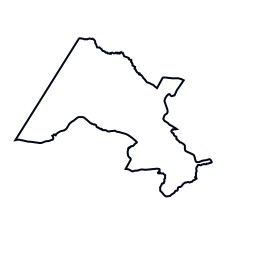 outline of Maniema, rotated 122°
{"feature_id": "COD-1895", "entity_name": "Maniema", "entity_type": "Province", "adm_level": 1, "iso_a3": "COD", "parent_name": "Democratic Republic of the Congo", "parent_adm1": "", "projection": "robinson", "projection_center": [26.456, -2.545], "detail": "fine", "context": "isolated", "style": "outline", "palette": "ink", "viewbox_px": 256, "rotation_deg": 122, "n_neighbors": 0, "source": "natural_earth", "source_scale": "10m", "svg_char_len": 5776}
<svg xmlns="http://www.w3.org/2000/svg" viewBox="0 0 256 256"><g transform="rotate(122 128 128)"><path d="M67.3,125.2L66.8,125.1L66.2,124.4L65.4,123.1L62.3,116.6L59.4,112.1L58.9,110.9L58.3,108.7L58.0,106.0L70.3,106.6L72.0,106.3L75.1,105.9L75.7,105.9L76.0,106.0L76.0,106.3L77.7,107.6L77.9,107.9L77.9,109.0L77.8,109.4L77.4,110.2L77.3,110.5L77.4,110.9L77.6,111.2L78.5,111.7L79.2,111.9L80.1,112.1L81.6,112.2L83.0,112.2L84.7,111.8L85.9,111.3L86.2,110.9L91.4,104.5L92.4,103.6L92.9,103.2L93.5,102.9L94.3,102.7L94.8,102.7L95.5,102.8L96.9,103.5L97.8,103.7L98.4,103.7L100.1,103.2L101.5,103.0L102.3,101.6L102.6,100.9L102.6,100.2L102.6,97.8L102.6,97.0L103.2,94.7L103.2,93.9L103.0,92.3L103.0,87.7L103.1,86.1L104.1,87.2L104.5,88.2L104.8,88.4L105.5,88.8L105.5,89.4L106.6,89.7L107.4,89.7L107.7,89.7L108.1,89.2L108.3,88.4L108.7,87.7L108.7,87.3L108.4,86.7L108.5,86.4L108.7,86.1L109.4,85.6L109.8,85.0L109.9,84.4L110.0,83.4L109.8,82.7L109.9,82.3L110.6,81.7L111.3,81.4L111.6,81.2L111.5,80.4L111.6,80.2L111.9,80.0L112.0,79.8L112.0,78.1L112.2,77.6L112.5,77.0L112.7,76.5L112.1,75.3L112.1,74.9L112.3,71.8L112.6,70.7L113.1,70.2L115.6,68.7L116.4,68.0L116.8,67.5L116.9,67.0L116.9,66.0L116.0,58.7L116.2,57.8L116.4,57.3L117.0,56.5L119.8,53.6L120.2,53.0L120.5,52.4L120.4,51.5L120.2,51.1L119.3,49.8L115.9,47.2L114.5,45.4L112.9,43.8L111.3,42.5L111.2,42.0L111.2,41.2L112.0,39.7L112.3,39.2L112.6,38.9L113.1,39.0L113.5,39.3L113.8,39.4L114.1,40.0L115.0,40.5L116.1,41.5L116.4,42.1L116.6,42.4L117.1,42.4L117.5,42.6L118.3,44.5L118.9,44.8L119.2,45.2L120.0,46.1L121.1,46.5L121.6,48.0L122.1,48.8L122.6,49.1L122.9,49.1L123.9,48.9L125.4,48.9L125.7,48.8L126.9,48.2L128.2,46.9L128.5,46.8L130.0,46.7L132.8,44.8L133.7,45.1L134.2,45.0L134.3,44.8L134.5,44.5L134.3,43.8L134.2,43.4L134.4,43.1L134.7,43.0L135.7,43.8L136.8,44.0L137.6,44.7L138.1,45.0L138.7,45.1L139.4,45.1L139.6,45.2L140.2,45.9L141.1,46.4L141.4,46.7L141.7,47.2L141.7,47.9L142.1,48.7L142.6,49.1L143.3,49.5L143.7,50.3L143.9,50.6L144.6,50.8L145.0,51.1L145.4,51.3L146.8,51.6L149.0,51.8L150.0,52.2L150.5,52.6L150.8,53.3L151.2,53.6L151.4,53.8L151.8,53.9L152.7,53.7L154.5,53.0L155.0,53.1L155.4,53.4L155.8,54.2L156.2,54.5L157.7,54.4L158.7,54.5L161.1,55.7L162.5,56.2L163.1,56.2L165.7,59.1L166.0,60.4L165.8,60.9L165.5,62.7L164.6,65.1L164.3,66.9L164.1,67.4L161.6,69.1L161.1,69.3L160.6,69.4L159.0,69.4L157.3,69.7L157.0,69.5L156.8,69.2L156.3,69.1L156.1,68.6L155.8,68.4L155.7,68.4L154.8,68.9L154.1,68.8L153.7,68.9L152.2,70.1L151.6,70.1L150.9,69.9L150.7,70.0L149.8,70.7L148.6,71.3L148.2,71.7L148.2,73.1L147.9,74.4L148.0,74.5L148.5,74.9L148.8,75.4L148.9,76.5L149.7,77.1L150.2,77.7L150.4,78.3L150.3,78.7L150.2,78.9L149.8,78.9L149.2,78.6L148.6,78.8L148.1,78.4L147.8,78.3L147.5,78.5L146.9,79.0L146.3,79.3L146.2,79.6L146.6,80.8L147.4,82.2L154.1,90.9L155.6,93.9L156.3,94.9L156.8,95.5L159.1,97.4L160.3,99.3L160.8,99.8L161.9,100.6L162.4,101.2L162.6,102.3L162.7,105.1L162.8,105.8L164.0,108.3L153.6,108.9L152.9,109.2L152.4,109.9L152.2,111.3L151.8,112.6L151.4,113.2L150.8,113.9L149.9,114.6L148.5,115.6L147.6,116.0L145.9,116.6L145.3,117.0L144.9,117.0L144.6,116.4L144.4,116.3L144.0,116.7L143.6,116.7L143.4,116.5L143.2,116.0L143.0,115.8L142.1,115.8L141.8,115.7L140.8,114.4L140.5,114.2L139.7,114.0L139.1,113.8L138.2,113.8L137.1,113.5L136.0,112.9L135.5,112.9L135.3,113.0L134.9,114.5L134.2,119.0L133.9,124.3L134.0,125.1L134.3,127.0L136.2,133.5L136.9,135.0L137.1,135.7L137.2,137.5L137.3,137.9L138.0,138.5L139.6,140.8L141.1,142.3L141.7,143.7L141.5,145.1L141.9,146.4L142.1,146.7L142.5,147.0L142.8,147.7L143.2,148.4L143.1,149.1L142.8,149.5L142.7,149.9L142.9,150.2L143.4,150.4L143.5,150.5L143.3,151.4L143.5,152.2L143.4,153.6L143.5,153.9L143.8,154.4L143.8,154.7L143.7,155.1L142.5,156.6L142.4,157.1L142.7,157.8L142.7,158.4L143.1,158.7L143.3,159.0L143.2,160.1L143.6,160.5L143.5,161.5L143.7,162.3L142.5,169.9L142.5,170.9L142.6,171.7L142.9,172.5L143.7,173.8L144.7,175.4L145.4,176.0L146.1,176.4L150.4,177.9L152.8,179.1L155.4,179.9L160.8,179.8L162.1,180.1L163.2,180.5L164.3,181.3L166.3,183.3L167.5,184.1L168.7,184.7L171.3,185.7L172.0,185.6L172.6,185.4L172.7,185.5L172.5,186.7L172.6,187.3L173.0,187.4L173.5,187.3L173.8,187.4L174.7,188.1L175.2,187.0L175.6,186.5L176.1,186.1L176.7,185.7L177.3,185.7L177.9,185.9L179.3,187.0L181.1,188.3L182.4,190.2L183.0,190.8L186.2,193.2L186.9,193.9L187.4,194.7L191.2,203.1L192.6,205.7L195.4,213.7L195.8,214.5L196.4,215.3L198.0,217.1L79.0,217.0L78.1,216.9L77.5,216.6L76.1,213.3L75.9,212.5L75.8,211.7L75.7,211.5L75.0,211.0L74.5,209.6L73.6,209.1L73.0,208.4L72.5,208.0L71.8,206.1L71.2,205.6L71.4,205.3L70.9,204.4L71.0,203.9L71.6,202.3L72.2,201.6L72.8,201.1L73.3,200.9L73.3,200.6L74.5,198.7L75.7,197.4L76.0,196.9L75.1,195.2L74.8,194.9L75.3,191.9L75.9,190.9L76.0,190.4L75.9,190.0L75.6,189.4L75.5,188.3L75.5,187.9L75.9,187.2L75.9,186.9L75.1,186.0L75.2,185.6L75.3,185.5L75.5,184.9L75.5,184.6L75.0,184.2L74.7,182.8L74.2,181.8L74.0,181.7L73.8,181.8L73.4,182.3L72.3,181.1L72.3,179.6L72.1,179.4L71.2,178.5L70.7,177.3L70.3,177.8L69.6,176.7L69.4,176.1L69.2,175.5L69.4,175.5L69.6,175.3L69.6,174.9L69.3,174.8L68.2,174.7L67.9,174.5L68.1,174.4L68.3,174.0L67.7,173.8L67.4,173.5L67.0,172.3L67.5,172.0L68.2,170.6L69.1,169.4L69.0,168.2L68.4,165.6L68.3,164.5L68.3,164.2L68.5,164.1L68.9,164.1L69.1,163.9L69.2,163.2L69.2,162.8L68.6,161.7L68.6,161.1L69.1,160.9L69.7,160.8L69.9,160.7L70.3,160.3L70.3,159.5L70.7,159.4L71.2,158.2L71.7,157.8L72.4,157.6L72.6,157.3L72.4,154.4L72.7,154.2L73.1,154.1L74.0,154.1L74.3,153.8L74.4,152.5L74.5,152.3L75.1,151.7L75.8,150.1L76.0,149.4L75.9,148.5L76.1,147.8L76.1,147.7L75.6,147.3L75.5,147.0L75.8,146.7L76.0,146.7L76.4,147.2L76.7,146.9L76.7,146.5L76.2,145.8L76.2,144.5L76.4,143.8L76.7,143.0L77.6,141.3L77.8,139.8L79.0,136.9L79.1,136.3L79.1,135.6L78.5,133.3L78.3,130.8L78.1,129.5L78.5,127.7L78.8,124.5L67.3,125.2Z" fill="none" stroke="#020617" stroke-width="2"/></g></svg>